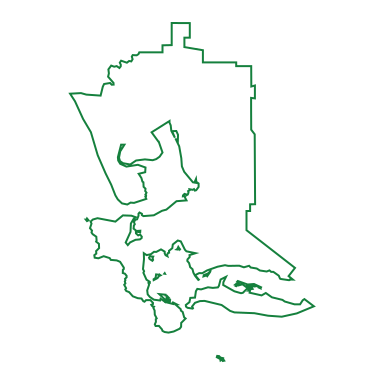 the district of Invercargill City, Southland, New Zealand
{"feature_id": "76426892B89444897674661", "entity_name": "Invercargill City", "entity_type": "district", "adm_level": 2, "iso_a3": "NZL", "parent_name": "New Zealand", "parent_adm1": "Southland", "projection": "mercator", "projection_center": [168.346, -46.488], "detail": "fine", "context": "isolated", "style": "outline", "palette": "green", "viewbox_px": 384, "rotation_deg": 0, "n_neighbors": 0, "source": "geoboundaries", "source_scale": "gbopen_adm2", "svg_char_len": 6061}
<svg xmlns="http://www.w3.org/2000/svg" viewBox="0 0 384 384"><path d="M81.0,93.1L70.1,93.7L75.0,101.3L83.1,119.0L90.9,132.2L97.7,155.2L105.6,173.4L111.2,184.7L115.4,195.4L117.8,199.4L122.0,203.4L127.3,204.5L130.6,202.6L134.0,202.9L146.3,198.9L145.4,196.6L146.0,196.3L146.1,195.3L145.4,194.7L146.5,192.7L145.2,191.0L145.5,188.7L143.6,186.8L143.4,182.3L142.4,181.6L141.4,178.0L138.7,173.8L145.2,172.2L145.5,167.5L137.9,164.8L126.4,166.6L120.2,163.8L118.2,160.5L117.9,157.2L121.1,144.7L124.4,144.7L120.2,151.4L119.0,157.7L120.0,161.1L123.0,163.2L130.2,164.5L136.1,160.5L144.9,159.4L152.7,160.2L156.2,159.1L159.6,156.7L162.5,152.5L158.5,141.0L158.4,141.6L151.6,132.3L169.5,121.0L169.5,122.7L170.7,125.3L171.3,130.8L174.9,137.7L172.6,132.4L173.0,131.1L176.3,131.0L178.0,134.8L177.8,142.5L175.4,138.4L179.2,146.3L181.3,158.2L181.9,166.4L184.2,171.8L192.9,182.3L195.8,182.8L194.9,181.4L196.0,178.9L196.3,181.8L198.6,183.5L198.6,186.9L196.2,190.2L194.9,190.6L194.0,189.1L192.7,189.8L189.4,189.2L189.6,190.3L188.1,191.1L188.5,192.6L187.8,194.5L186.3,195.4L186.2,194.4L184.5,193.9L183.0,195.4L182.9,196.3L184.2,196.0L186.5,200.4L176.5,201.2L166.4,209.6L162.0,210.8L153.8,215.3L143.4,216.1L141.9,215.1L141.9,213.8L139.5,212.5L138.5,213.7L138.5,215.8L137.1,219.3L135.3,219.8L133.9,222.0L134.8,224.2L133.9,225.5L133.6,228.6L136.5,231.0L140.3,230.7L140.2,232.2L135.9,231.7L136.0,233.4L138.2,235.4L140.1,234.5L141.8,236.7L141.6,238.1L139.9,239.4L135.5,239.8L130.1,242.4L127.8,245.1L125.7,242.5L130.5,231.9L130.9,223.5L133.6,218.9L135.6,217.2L131.4,215.7L122.9,215.4L115.4,221.6L97.5,218.2L92.9,219.5L90.6,221.6L91.5,223.6L90.0,228.2L92.0,230.6L91.5,232.5L92.7,234.2L96.3,236.7L96.6,240.4L96.1,241.6L98.9,243.8L99.1,248.1L96.1,251.1L96.3,253.6L94.3,255.2L94.7,257.7L98.4,258.3L103.7,256.2L109.7,258.1L110.8,259.9L116.7,260.4L120.1,261.8L123.8,267.6L123.8,269.0L122.9,269.8L122.8,273.0L124.9,273.7L126.6,275.8L126.6,277.3L125.0,278.9L125.4,280.2L124.8,281.4L125.4,283.4L124.2,284.8L126.1,288.2L125.3,289.5L126.3,291.0L129.1,292.1L132.8,296.3L137.8,298.2L141.5,298.5L143.3,301.2L144.5,301.7L146.1,300.1L150.4,300.1L153.0,302.9L152.9,304.1L151.3,304.8L152.1,306.0L154.0,306.7L153.3,307.7L154.6,310.5L154.8,314.7L156.7,318.4L155.8,319.2L155.9,321.9L154.8,324.3L155.6,326.0L158.9,325.9L161.9,329.3L162.5,330.9L164.6,332.0L168.5,332.6L173.7,331.5L179.7,328.7L181.1,326.8L181.2,322.9L185.6,318.5L184.2,317.4L182.7,312.0L180.9,310.6L180.7,309.2L175.8,304.8L177.5,305.2L174.8,304.4L176.6,304.3L172.1,302.0L174.5,303.5L173.6,304.1L165.5,302.1L166.3,300.7L170.6,301.9L169.3,301.1L169.4,300.3L170.9,300.2L166.4,298.9L166.6,297.6L168.6,297.6L166.7,295.6L165.5,295.5L165.5,294.7L159.2,294.1L166.1,300.6L165.4,302.1L160.6,298.7L160.1,300.5L153.9,299.7L149.9,297.0L147.7,294.4L147.2,290.4L149.1,284.7L148.4,282.8L148.7,282.0L149.8,282.5L149.8,281.8L146.5,279.7L143.4,272.8L144.1,271.2L143.0,269.1L144.0,259.0L143.8,253.2L146.6,255.1L150.9,254.2L154.0,251.8L156.3,251.9L161.0,249.4L164.7,251.6L164.7,253.4L165.6,255.2L167.4,256.2L167.1,255.2L167.8,253.2L169.1,252.7L169.0,250.8L172.3,248.2L172.8,244.5L177.8,240.5L180.8,241.4L184.9,249.7L186.4,251.3L195.5,253.2L189.5,255.1L189.7,257.0L187.5,259.4L187.3,260.9L189.1,263.1L190.2,267.2L192.5,269.2L193.4,272.7L195.0,275.7L198.3,279.9L198.8,279.6L195.6,275.8L195.6,274.9L199.2,273.1L202.3,273.2L207.1,270.4L217.6,266.7L225.0,265.2L228.3,265.9L239.2,265.7L243.9,267.3L249.1,265.8L250.7,267.5L256.7,268.5L259.9,270.5L266.7,271.5L269.5,270.4L271.2,271.9L273.4,271.9L278.8,275.7L280.0,278.6L280.9,279.0L289.1,280.2L289.9,279.9L289.1,279.5L292.9,279.6L288.6,276.1L295.0,267.9L246.5,230.2L246.5,211.0L250.1,211.0L250.1,204.3L255.1,204.2L254.7,134.3L251.2,129.7L251.1,107.0L251.1,97.9L254.9,98.4L254.9,85.5L251.3,86.5L251.2,66.1L236.2,66.1L236.2,62.4L202.9,62.4L202.9,50.2L184.4,47.1L184.4,37.7L189.8,37.7L189.8,23.1L171.7,23.0L171.7,45.1L162.5,45.3L162.5,52.3L139.3,52.3L138.5,54.1L136.7,55.3L132.7,55.1L131.8,56.6L132.6,59.2L131.3,61.4L129.1,61.0L126.9,62.7L121.1,60.7L119.8,62.7L120.8,64.7L120.7,66.4L119.4,68.0L116.7,66.1L114.2,66.7L111.2,65.6L108.4,69.4L108.9,73.4L108.1,76.7L113.5,82.9L113.6,84.6L111.7,84.7L110.1,83.0L104.1,84.0L102.8,86.7L100.6,95.6L86.3,94.6L81.0,93.1ZM304.4,299.1L302.7,300.3L300.1,304.3L294.4,304.3L284.7,301.5L282.5,299.9L271.9,297.3L265.8,293.0L261.6,295.4L249.6,292.7L250.0,290.6L248.5,290.6L249.8,289.4L252.6,288.9L251.5,287.2L246.4,289.3L242.9,292.8L241.0,293.2L234.4,291.3L223.2,285.0L223.4,282.2L226.0,276.8L220.6,279.5L218.9,285.9L217.9,287.4L212.8,287.9L208.0,287.3L201.1,289.4L197.3,288.9L195.9,291.2L195.0,297.6L190.3,297.9L189.4,302.2L185.8,305.0L186.0,306.6L187.5,307.8L192.6,308.6L193.0,308.2L192.1,306.5L195.0,302.8L199.9,301.1L204.6,300.9L221.6,305.0L230.1,310.9L234.4,312.4L254.4,313.2L268.0,315.7L281.8,316.7L296.8,313.4L313.9,306.3L304.4,299.1ZM247.6,284.5L237.8,281.0L237.1,281.8L238.9,282.8L238.7,284.2L242.2,284.1L247.4,287.9L253.7,286.3L249.7,285.7L248.1,286.3L246.1,284.7L247.8,285.5L249.9,284.6L254.5,286.5L257.0,286.1L253.0,284.3L253.8,284.3L262.0,287.7L254.0,284.0L247.6,284.5ZM219.1,356.1L217.2,355.9L216.8,357.2L220.2,359.0L220.5,360.5L221.8,359.6L222.8,361.0L224.2,360.7L223.1,359.0L223.2,358.2L220.5,357.6L219.1,356.1ZM158.8,274.7L156.1,274.4L155.6,277.8L153.6,279.3L153.7,280.1L157.5,278.1L159.4,275.5L158.8,274.7ZM153.2,256.6L150.0,256.3L149.0,257.7L149.6,259.0L152.4,260.8L153.1,259.9L152.6,258.0L153.2,256.6ZM207.2,276.2L210.1,272.0L210.8,269.9L210.2,271.4L207.8,273.6L203.8,275.1L203.5,276.4L206.5,275.4L207.2,276.2ZM239.7,284.5L236.3,283.8L235.2,284.7L238.2,285.5L242.1,284.4L238.5,285.3L237.7,284.9L239.7,284.5ZM88.5,220.3L87.0,218.5L86.5,219.6L85.8,219.6L87.0,221.1L88.5,220.3ZM179.0,248.0L178.3,246.9L177.9,247.8L178.4,248.2L176.7,249.4L178.0,249.6L179.0,248.0ZM260.4,288.3L260.2,287.5L258.2,286.9L258.4,287.4L260.4,288.3ZM160.6,275.3L159.7,274.7L159.5,275.8L160.6,275.3ZM237.2,285.3L235.8,285.8L235.7,286.0L236.3,286.2L237.2,285.3ZM180.6,248.6L179.8,249.1L179.9,249.4L180.6,248.6ZM165.0,273.8L164.7,273.2L164.3,273.7L165.0,273.8Z" fill="none" stroke="#15803d" stroke-width="2"/></svg>